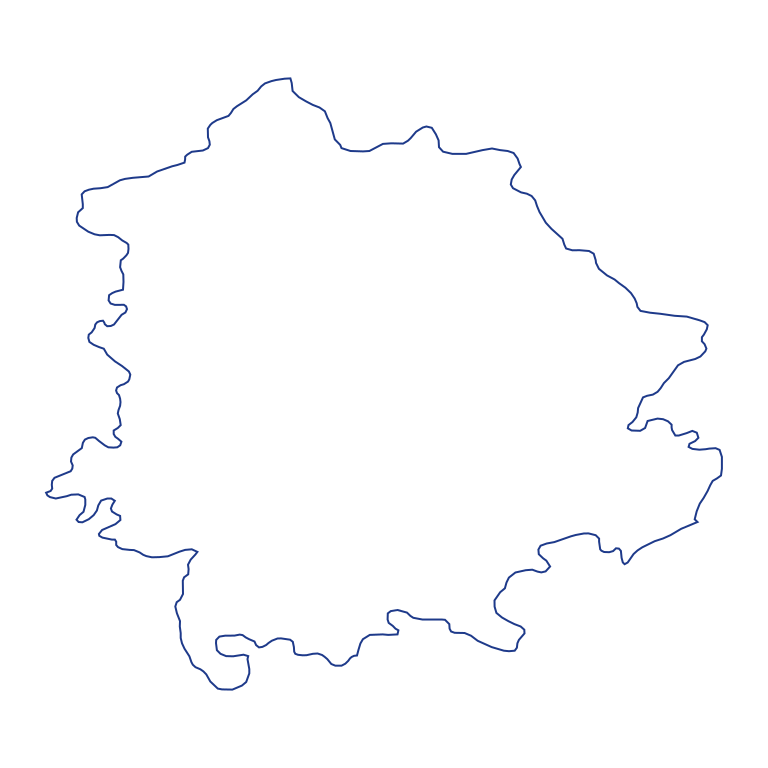 outline of Lahoysk, Minsk, Belarus
{"feature_id": "67162791B73059269727639", "entity_name": "Lahoysk", "entity_type": "district", "adm_level": 2, "iso_a3": "BLR", "parent_name": "Belarus", "parent_adm1": "Minsk", "projection": "equal_earth", "projection_center": [27.771, 54.364], "detail": "fine", "context": "isolated", "style": "outline", "palette": "blue", "viewbox_px": 768, "rotation_deg": 0, "n_neighbors": 0, "source": "geoboundaries", "source_scale": "gbopen_adm2", "svg_char_len": 6053}
<svg xmlns="http://www.w3.org/2000/svg" viewBox="0 0 768 768"><path d="M290.4,78.4L284.7,78.7L276.0,80.0L271.5,81.1L265.0,83.4L261.2,86.4L257.6,90.8L252.7,94.3L246.2,100.4L237.0,106.2L233.4,109.0L230.9,113.0L228.5,115.9L216.8,120.2L212.3,123.0L210.3,124.9L207.8,128.6L208.0,137.3L209.4,141.2L209.8,144.7L208.0,148.1L202.9,150.5L191.7,151.8L187.2,154.7L185.2,156.6L185.1,159.5L184.5,162.6L177.3,165.0L172.1,166.3L157.1,171.5L148.6,176.5L132.9,177.8L125.0,178.9L119.9,180.3L107.7,187.1L100.6,188.2L93.6,188.7L88.9,189.7L84.6,191.3L81.7,194.4L82.8,204.2L82.8,208.1L78.1,212.3L76.7,218.0L76.9,221.8L79.2,225.6L88.3,231.7L94.6,234.3L99.8,235.3L109.7,234.9L114.1,235.1L118.2,237.2L122.2,240.4L126.7,243.0L128.3,244.6L128.5,248.9L128.0,252.9L126.4,255.3L123.1,258.7L120.8,260.3L120.1,267.2L121.5,270.9L123.3,274.4L123.5,281.9L123.0,289.7L115.6,291.6L112.2,293.1L109.1,295.2L108.6,300.4L110.6,303.5L114.9,304.9L123.9,304.8L126.1,306.4L127.0,309.1L125.4,312.5L121.6,314.8L114.0,324.5L110.8,326.0L107.2,326.2L104.8,324.2L104.3,322.6L103.0,320.7L99.8,321.1L97.1,322.3L95.3,324.5L94.6,328.0L91.7,332.3L88.8,334.6L88.3,337.9L89.4,341.9L93.7,344.8L99.1,347.1L103.8,348.7L107.2,354.6L115.0,361.4L122.0,366.0L128.9,371.5L130.3,374.6L129.3,379.3L128.0,381.6L123.9,384.2L120.6,385.2L117.0,387.5L116.1,390.5L117.0,393.1L119.0,395.1L120.1,398.7L120.5,402.1L120.1,405.8L118.5,410.1L117.8,413.5L119.8,419.2L120.7,425.1L117.8,428.0L113.7,430.5L113.7,434.0L115.3,436.8L118.2,438.9L121.4,441.7L120.2,445.3L117.3,447.3L113.5,447.6L108.3,447.3L104.7,445.3L98.9,440.9L95.3,437.8L92.8,437.3L88.3,438.0L84.9,439.6L82.9,442.8L81.8,448.1L73.2,454.4L71.4,457.5L71.0,461.5L72.7,465.4L72.3,468.6L70.7,471.2L54.5,477.8L52.2,480.9L51.8,484.8L52.2,488.6L50.6,491.0L46.1,492.7L47.4,495.4L50.0,497.1L55.8,498.5L66.7,496.2L71.3,494.7L78.3,494.4L84.6,497.0L85.3,499.5L85.3,504.9L83.5,511.8L79.6,515.1L76.5,519.7L78.6,522.0L82.4,522.3L88.8,519.2L93.7,515.1L96.9,510.5L98.3,505.4L101.1,500.6L107.4,498.5L111.3,498.5L114.8,500.8L112.4,504.6L110.9,508.5L112.0,511.5L116.6,514.4L120.1,515.9L120.4,520.0L115.5,524.1L102.1,530.0L98.9,534.0L99.3,535.8L102.4,537.6L111.9,539.6L114.9,539.6L116.2,541.7L116.2,545.0L118.0,547.1L122.3,549.1L129.7,549.9L134.0,550.1L139.6,552.4L143.2,554.8L146.3,556.1L152.0,557.3L159.4,557.1L167.9,556.3L179.4,551.7L185.1,549.9L191.8,549.3L197.4,551.9L195.4,554.5L190.7,559.6L188.0,564.7L188.6,569.1L188.2,574.3L184.1,577.3L182.8,580.7L183.0,594.0L180.0,599.8L176.7,602.2L175.3,606.5L176.9,613.2L180.0,621.1L179.8,626.5L180.7,633.1L180.7,638.0L182.0,643.3L184.5,648.7L189.4,656.3L191.4,662.1L192.8,664.7L195.5,667.2L200.4,669.3L203.4,671.4L206.3,674.4L210.3,681.5L217.8,688.6L222.0,689.4L232.4,689.6L241.9,685.6L246.2,682.0L249.3,673.4L249.3,669.1L247.5,659.1L248.2,656.1L243.5,654.7L233.1,656.3L226.1,656.1L220.5,653.8L216.9,650.2L216.0,643.1L216.2,639.9L219.4,636.6L225.0,635.7L234.5,635.6L239.7,634.6L242.6,635.1L245.7,637.4L249.1,639.2L254.5,641.5L256.1,645.1L259.0,647.4L262.4,646.9L266.2,645.0L268.5,643.0L271.9,640.7L277.5,638.5L281.1,638.4L290.1,639.7L292.8,641.8L293.9,647.1L294.2,651.7L295.3,653.8L298.0,654.8L302.7,655.3L306.5,655.2L312.9,653.8L317.6,653.5L322.1,655.0L324.6,656.8L327.3,659.1L331.3,664.0L335.4,665.7L341.5,665.7L345.3,663.7L348.2,660.9L350.0,658.4L351.6,657.0L354.1,655.8L357.0,655.5L358.4,650.1L360.4,643.5L362.9,639.2L369.8,634.9L382.7,634.4L388.3,634.9L397.5,634.4L398.4,630.3L395.5,628.7L392.8,625.9L388.7,622.9L387.6,619.5L387.8,613.4L390.8,611.1L397.5,610.0L407.0,612.6L410.4,615.9L413.3,617.8L422.3,619.5L441.4,619.5L445.0,619.8L449.3,624.1L449.6,628.7L451.1,631.5L454.7,632.8L464.6,633.0L471.0,635.7L477.7,640.8L491.7,647.1L503.9,650.7L509.0,651.2L514.7,650.7L516.9,647.7L517.4,643.3L518.9,639.9L524.5,633.4L524.3,629.7L520.7,626.5L514.4,624.1L508.3,621.1L502.0,617.5L496.4,612.9L494.6,606.7L494.5,600.4L500.2,592.2L504.9,588.3L506.5,582.5L508.9,577.6L515.4,572.5L525.8,570.2L532.3,569.7L537.5,571.6L541.3,572.4L545.6,571.4L550.1,566.5L546.3,560.6L543.1,558.3L538.8,554.2L538.4,549.6L540.6,545.7L546.7,543.5L554.3,542.1L571.0,536.3L575.7,535.0L583.8,533.5L588.5,533.4L595.7,535.2L599.1,538.6L599.1,541.7L600.2,549.3L601.4,550.7L604.1,552.0L609.2,552.2L613.1,551.1L616.0,548.3L618.9,548.6L620.9,550.9L621.6,557.9L622.8,562.4L624.6,564.2L627.7,562.5L633.6,554.0L637.6,550.4L642.3,547.3L654.7,541.2L663.0,538.5L670.4,535.2L681.2,528.8L697.5,522.0L694.7,519.3L696.7,511.3L699.8,503.6L703.6,498.0L707.6,491.0L710.3,485.1L712.7,480.9L717.0,478.4L721.0,475.5L721.9,468.8L721.9,456.9L719.6,449.9L715.6,448.2L709.3,448.6L705.7,449.2L699.4,449.7L692.4,448.9L688.6,446.9L689.5,443.8L695.1,441.1L698.4,437.8L696.8,432.7L692.3,430.9L686.7,433.1L678.9,435.5L675.3,435.5L672.1,430.1L671.6,427.5L671.6,424.7L668.0,421.3L663.1,419.2L657.5,418.6L647.6,421.0L645.1,428.0L640.2,430.8L631.6,430.5L627.8,428.3L628.5,425.1L632.5,422.0L636.3,417.3L637.7,412.5L638.1,408.1L643.0,397.4L647.1,395.8L652.9,394.6L657.6,391.8L660.7,388.1L663.9,383.1L668.8,378.2L678.0,365.3L684.0,361.9L695.2,359.0L700.4,356.5L705.3,351.3L706.4,348.6L704.6,344.2L701.9,341.3L701.9,337.2L703.9,334.6L706.8,329.3L707.7,325.2L704.6,322.1L699.6,320.3L686.8,316.6L674.7,315.8L660.5,313.8L650.0,312.7L640.5,310.9L637.4,306.9L636.7,303.3L634.7,298.6L631.0,293.1L625.4,287.7L619.1,283.2L614.6,279.5L607.0,275.4L598.9,268.8L596.0,262.9L595.7,260.2L593.7,253.7L589.0,251.0L579.5,250.2L572.4,250.3L566.1,248.5L564.3,244.6L562.5,238.8L551.4,228.8L545.8,222.7L539.5,212.0L537.0,206.0L535.2,200.4L531.6,196.0L526.9,193.7L521.1,192.4L513.0,188.2L510.8,184.5L511.7,179.5L514.3,175.0L520.9,167.0L519.5,164.0L517.6,158.5L513.6,153.0L507.7,151.0L500.1,150.1L492.0,148.5L482.6,150.1L466.0,153.9L452.5,153.9L443.1,151.7L439.0,147.2L438.6,140.4L435.9,134.3L431.8,127.8L426.4,126.5L422.8,127.5L416.1,131.7L410.7,138.1L408.0,140.7L403.1,143.6L391.4,143.3L382.9,143.9L369.4,151.0L363.1,151.4L350.5,151.0L341.5,148.1L340.2,144.9L334.8,139.4L330.3,123.0L327.6,118.1L324.9,111.3L319.5,107.5L312.8,104.9L306.1,101.4L298.9,97.2L292.6,91.0L291.7,83.0L290.4,78.4Z" fill="none" stroke="#1e3a8a" stroke-width="2"/></svg>